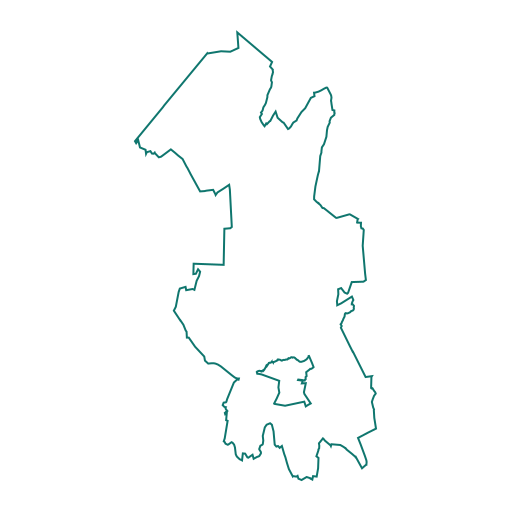 Ārlavas pag., Talsi, Latvia, rotated 271°
{"feature_id": "27541924B95940565269220", "entity_name": "Ārlavas pag.", "entity_type": "district", "adm_level": 2, "iso_a3": "LVA", "parent_name": "Latvia", "parent_adm1": "Talsi", "projection": "robinson", "projection_center": [22.632, 57.389], "detail": "fine", "context": "isolated", "style": "outline", "palette": "teal", "viewbox_px": 512, "rotation_deg": 271, "n_neighbors": 0, "source": "geoboundaries", "source_scale": "gbopen_adm2", "svg_char_len": 5982}
<svg xmlns="http://www.w3.org/2000/svg" viewBox="0 0 512 512"><g transform="rotate(271 256 256)"><path d="M294.8,357.3L299.2,349.3L299.3,348.9L299.3,348.6L295.6,336.4L295.5,335.8L295.6,335.3L304.9,323.2L305.1,322.9L305.1,321.9L305.3,321.5L307.6,319.9L308.4,319.2L309.2,318.2L309.9,317.7L309.7,317.5L311.4,315.4L313.7,313.1L316.6,313.1L326.6,314.2L337.8,316.4L341.8,317.4L341.8,317.5L357.1,318.5L360.5,319.6L362.0,319.6L365.8,320.0L368.9,322.0L376.4,324.3L383.1,324.8L386.3,325.4L390.6,327.4L392.0,327.2L395.6,328.5L398.4,331.8L399.3,331.8L399.8,332.1L400.7,332.0L400.9,331.8L402.9,331.8L403.3,329.9L409.6,328.8L411.1,328.6L412.5,328.3L415.6,328.7L417.5,328.4L418.6,328.0L425.3,324.4L425.6,324.1L425.6,323.3L424.4,321.0L422.7,318.2L421.4,315.6L420.4,312.3L420.3,311.2L416.8,311.7L415.1,308.1L404.6,302.6L400.7,298.9L394.2,294.9L392.2,294.2L390.1,291.0L388.7,290.1L386.1,288.7L384.1,286.9L383.5,285.8L389.8,281.3L390.2,280.2L394.6,275.2L400.7,273.1L396.7,270.6L391.2,267.9L391.0,267.3L388.0,264.6L388.7,263.9L385.9,262.3L386.8,261.5L389.9,259.3L393.1,257.8L394.9,257.4L398.1,259.4L399.5,258.5L401.2,259.8L401.9,260.1L404.8,260.8L407.2,262.3L409.1,263.2L415.0,264.6L417.0,264.6L422.9,267.0L424.7,268.1L425.8,268.4L430.0,268.9L431.6,268.1L432.1,268.0L436.2,268.7L438.2,269.4L438.3,269.3L440.0,269.8L442.5,269.4L442.7,269.5L445.7,266.7L450.3,268.7L479.2,233.4L463.7,234.8L459.8,226.7L460.1,217.5L457.6,203.8L457.8,203.7L405.0,161.6L403.0,160.2L368.7,133.0L366.7,134.2L369.7,136.2L362.5,138.1L360.3,143.7L356.3,144.3L357.9,145.0L359.0,148.6L356.6,150.2L356.5,151.9L357.6,152.9L357.1,153.1L353.0,157.1L353.6,159.3L355.2,161.4L361.1,169.0L357.9,173.1L355.1,176.4L351.7,180.9L344.3,184.9L342.8,185.9L337.3,188.9L337.2,188.9L319.6,199.0L320.0,203.4L320.5,205.5L321.4,212.0L316.9,214.4L316.3,214.6L318.9,216.4L322.7,222.2L326.7,227.9L322.0,228.7L284.6,231.3L283.3,229.8L282.7,223.9L246.6,223.8L247.2,193.8L236.8,193.7L237.2,196.2L241.7,198.3L239.3,200.4L234.9,199.4L230.2,197.1L221.1,195.0L221.9,193.2L220.6,186.8L223.9,186.1L222.1,180.4L218.7,179.3L203.8,176.7L199.9,174.8L190.3,181.4L190.4,181.5L186.0,184.6L180.3,187.0L179.1,187.9L173.2,188.3L173.2,190.2L164.2,196.7L154.6,206.0L150.5,206.8L147.6,210.1L148.0,213.8L148.0,215.8L147.7,217.4L146.8,219.8L145.0,222.8L136.5,233.7L134.3,236.7L133.9,237.4L133.3,239.0L133.2,239.9L133.2,241.0L132.0,240.7L132.3,239.4L129.1,236.1L112.3,229.6L109.7,228.9L109.2,228.5L109.0,227.6L109.0,226.8L108.8,226.2L106.3,225.3L104.7,226.9L104.5,227.3L104.3,228.4L103.9,228.2L102.8,228.3L102.0,228.8L100.6,230.0L99.8,228.8L99.1,228.3L98.6,227.6L97.2,228.0L98.1,229.5L91.3,229.0L90.7,230.5L73.1,227.9L70.1,227.0L69.5,227.9L67.8,228.8L66.8,231.0L67.0,231.6L69.4,234.8L68.9,235.8L67.0,237.4L64.2,238.3L57.5,239.2L57.0,239.4L55.4,240.2L54.9,240.6L52.7,243.0L52.2,243.8L51.9,244.7L51.4,245.6L58.4,246.3L58.2,248.6L54.5,250.9L54.2,251.8L57.2,256.0L53.2,257.2L55.1,260.5L55.7,262.2L56.1,262.8L58.6,264.3L59.2,264.4L60.3,264.2L62.3,262.9L62.9,262.6L63.1,262.6L66.4,263.7L67.3,265.4L67.7,265.9L68.2,266.1L71.6,266.5L76.2,265.9L84.8,267.8L87.5,269.6L88.9,272.8L89.0,273.0L87.6,274.8L81.0,276.6L67.7,278.0L65.8,279.7L65.8,279.9L66.4,281.3L66.3,281.5L64.6,283.0L66.5,285.2L58.4,287.7L55.3,288.9L49.5,290.6L43.5,292.6L36.3,296.6L36.6,296.8L36.1,300.2L36.9,301.4L34.1,302.3L32.8,305.4L35.9,310.5L34.7,314.4L34.3,314.4L33.4,316.2L36.9,316.9L36.5,320.5L44.8,321.8L55.2,322.0L56.8,319.9L62.8,321.8L63.7,321.8L64.8,322.5L67.4,322.6L69.8,322.2L71.4,323.5L74.8,326.1L74.0,327.0L72.7,328.0L67.9,333.9L67.3,334.2L69.1,334.7L68.5,343.6L66.6,347.0L65.2,348.9L65.3,349.0L64.5,349.7L64.2,349.8L62.1,352.5L59.7,355.6L57.9,357.7L57.4,358.5L56.6,359.0L56.8,359.3L45.6,365.7L49.2,369.7L49.2,370.0L52.0,370.2L53.7,369.9L57.9,368.4L69.2,364.0L75.9,361.2L81.2,370.8L85.5,379.0L96.2,377.1L104.0,376.5L104.6,376.7L106.6,375.8L112.1,374.4L114.8,375.2L118.3,376.5L120.5,378.1L121.8,377.6L123.4,376.3L125.9,374.7L126.1,373.8L125.8,373.6L126.0,373.4L137.0,373.5L137.9,374.0L136.9,367.7L162.0,354.6L161.9,354.4L167.8,351.3L185.8,342.1L187.5,342.9L189.2,341.8L190.3,342.7L191.4,343.0L193.3,344.0L194.8,344.5L197.0,345.6L199.6,345.9L200.2,346.3L200.5,346.8L200.1,347.9L200.5,349.3L201.5,351.2L202.5,352.0L203.1,353.6L203.4,354.0L204.0,354.5L204.9,354.8L206.1,354.6L207.3,354.8L207.9,354.8L209.4,353.5L209.5,353.3L209.4,352.6L210.1,352.6L212.2,353.3L213.7,354.1L217.1,352.6L210.1,341.9L208.2,338.1L208.6,338.1L212.2,337.7L219.2,339.0L224.2,338.7L225.4,341.7L221.0,345.2L219.9,347.8L220.8,348.7L231.6,352.2L232.2,363.9L233.9,366.3L240.3,365.4L268.1,362.5L283.9,363.3L285.3,362.3L285.5,360.9L287.7,360.3L291.1,360.4L291.1,356.8L291.2,356.5L294.5,357.0L294.8,357.3ZM132.3,306.8L132.8,304.2L133.2,300.4L132.7,300.2L132.6,301.4L132.1,304.7L131.2,304.7L129.4,304.1L129.7,308.0L120.7,306.3L118.9,306.8L109.5,313.3L108.1,310.8L106.5,308.4L111.2,306.8L106.8,287.7L108.4,277.4L108.5,276.9L108.8,276.7L113.9,279.2L119.8,281.7L125.0,280.7L131.6,281.4L137.7,263.6L138.2,260.8L138.3,259.3L140.1,258.8L140.5,259.2L140.8,259.8L141.3,261.3L141.3,261.6L140.7,263.1L141.1,263.2L141.1,263.7L141.3,264.4L141.8,265.0L141.2,265.2L141.8,265.8L143.2,266.7L145.8,268.0L146.8,268.3L147.4,268.9L147.7,269.6L147.4,269.6L148.5,270.3L148.7,270.5L149.3,270.7L149.5,271.2L149.5,272.3L149.8,272.9L150.4,273.4L150.1,273.4L150.2,274.1L150.3,274.4L150.3,274.8L149.8,275.1L150.1,275.2L151.0,277.3L152.1,279.4L152.8,279.4L153.0,279.7L152.7,281.7L152.4,282.5L152.1,282.8L151.8,283.7L152.3,284.4L152.6,285.4L152.6,286.6L153.1,288.0L153.1,288.5L153.0,288.9L153.2,289.3L154.3,290.2L154.0,290.6L154.7,292.1L155.3,292.8L155.4,293.1L155.4,293.7L155.2,293.9L155.0,294.3L155.3,295.0L155.3,295.8L154.6,297.0L154.2,297.2L153.6,298.1L153.0,298.5L152.8,299.4L151.5,300.9L151.0,301.8L151.0,303.2L151.9,305.9L153.6,308.4L156.3,310.4L157.7,310.4L149.9,313.9L145.9,315.5L144.8,314.3L144.1,313.1L144.1,312.2L143.9,312.1L140.7,308.2L136.8,308.7L135.8,307.7L133.6,307.8L133.2,307.4L133.1,307.1L132.3,306.8Z" fill="none" stroke="#0f766e" stroke-width="2"/></g></svg>